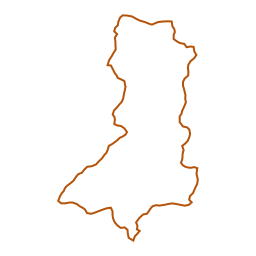 outline of Apiacá, Espírito Santo, Brazil
{"feature_id": "56859067B41801731555514", "entity_name": "Apiacá", "entity_type": "district", "adm_level": 2, "iso_a3": "BRA", "parent_name": "Brazil", "parent_adm1": "Espírito Santo", "projection": "mercator", "projection_center": [-41.557, -21.07], "detail": "fine", "context": "isolated", "style": "outline", "palette": "amber", "viewbox_px": 256, "rotation_deg": 0, "n_neighbors": 0, "source": "geoboundaries", "source_scale": "gbopen_adm2", "svg_char_len": 2241}
<svg xmlns="http://www.w3.org/2000/svg" viewBox="0 0 256 256"><path d="M126.8,15.5L122.6,15.4L120.1,17.6L118.4,21.6L117.8,25.4L115.3,27.6L114.2,31.3L117.1,34.2L114.9,37.5L115.4,41.7L115.5,45.3L115.7,49.5L113.3,53.3L111.6,56.4L109.2,60.0L107.6,65.2L110.9,65.5L113.2,69.9L114.8,73.2L116.5,75.2L117.7,77.9L120.9,79.3L124.3,81.0L125.5,86.7L124.7,90.9L123.8,94.8L123.1,98.9L121.6,102.0L119.6,104.2L117.0,107.3L114.0,110.5L112.7,114.6L114.4,116.9L114.9,119.7L114.3,124.1L117.5,125.5L121.0,126.0L124.4,128.4L127.0,132.1L125.5,134.6L122.3,136.7L119.6,137.9L117.4,140.1L114.9,142.1L112.2,144.0L108.8,145.9L107.9,149.2L106.5,152.7L104.4,154.9L102.0,158.3L98.7,161.5L96.1,164.4L91.8,166.2L87.2,166.8L84.3,169.6L81.8,172.8L78.3,174.1L76.2,176.6L73.5,180.7L70.1,183.5L66.5,186.2L64.8,188.4L63.7,191.1L61.7,193.3L59.9,196.4L58.2,200.9L61.2,203.3L65.6,203.3L69.6,202.5L73.0,202.6L77.0,204.1L79.8,206.3L82.7,207.8L84.9,209.4L87.1,213.1L91.3,213.8L94.6,212.7L98.3,211.3L102.5,209.7L106.3,208.4L110.8,207.7L112.5,211.3L112.6,215.7L113.2,218.8L114.6,222.1L117.1,225.1L120.7,227.9L124.6,227.4L127.5,229.8L127.8,233.6L128.7,237.8L133.3,240.6L134.9,236.2L137.1,234.0L139.7,230.9L136.9,229.3L137.5,226.0L136.1,222.4L139.5,217.8L143.2,214.4L146.9,213.8L148.7,211.4L150.3,208.8L152.6,206.2L156.1,205.2L159.5,205.6L164.6,204.8L168.8,203.9L172.1,203.4L175.6,203.9L180.3,204.8L184.8,205.7L188.9,204.8L191.7,202.3L189.1,199.7L190.1,195.9L193.0,193.1L195.2,187.9L197.2,183.9L197.8,179.6L196.5,173.6L197.3,168.2L194.2,167.1L190.8,167.8L187.9,167.5L185.2,166.7L182.9,165.3L181.0,162.9L182.4,158.6L182.6,154.1L183.6,150.0L182.2,145.9L185.4,143.4L187.9,140.6L189.3,137.1L190.1,133.9L189.3,129.6L187.2,127.4L183.0,126.5L179.7,122.1L179.7,116.3L181.5,113.8L182.1,111.0L184.4,106.1L185.9,102.2L185.2,98.6L185.5,95.3L184.8,92.3L183.9,88.7L183.0,85.6L183.0,81.8L184.7,78.5L188.2,75.5L188.4,71.4L187.9,68.3L188.3,64.9L190.4,61.3L194.1,58.3L196.4,55.0L194.3,51.4L193.6,46.9L190.5,46.5L186.6,47.2L184.3,43.9L181.5,43.4L178.9,42.6L176.5,41.1L173.6,38.9L173.7,34.8L174.9,32.0L174.3,29.2L172.4,26.2L171.7,21.5L168.0,21.3L163.1,21.5L158.2,22.0L154.5,23.5L152.0,24.6L149.2,23.8L144.7,22.0L140.1,20.7L136.1,18.8L132.1,16.5L126.8,15.5Z" fill="none" stroke="#b45309" stroke-width="2"/></svg>